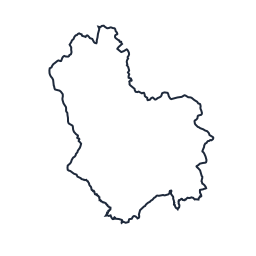 outline of Inza, Cauca, Colombia, rotated 104°
{"feature_id": "7082276B42793488331490", "entity_name": "Inza", "entity_type": "district", "adm_level": 2, "iso_a3": "COL", "parent_name": "Colombia", "parent_adm1": "Cauca", "projection": "mercator", "projection_center": [-76.088, 2.499], "detail": "fine", "context": "isolated", "style": "outline", "palette": "slate", "viewbox_px": 256, "rotation_deg": 104, "n_neighbors": 0, "source": "geoboundaries", "source_scale": "gbopen_adm2", "svg_char_len": 5791}
<svg xmlns="http://www.w3.org/2000/svg" viewBox="0 0 256 256"><g transform="rotate(104 128 128)"><path d="M218.4,128.3L218.2,127.8L217.6,127.3L218.0,125.4L217.0,123.8L218.9,122.4L220.1,120.9L219.9,120.1L219.7,119.8L218.4,119.8L217.9,119.5L218.2,118.8L219.1,118.6L218.5,114.8L218.7,111.7L219.1,111.3L221.1,111.4L221.5,111.2L220.4,110.3L220.1,109.8L220.5,107.3L219.2,104.9L219.0,104.7L217.7,104.9L216.3,104.8L216.0,104.4L215.2,102.4L213.2,101.9L212.2,101.3L211.9,100.5L212.0,99.2L213.0,97.2L213.4,96.9L212.7,95.9L211.6,95.6L210.0,96.1L209.3,96.5L204.8,96.4L200.3,93.5L199.5,92.5L198.2,92.2L197.2,91.6L195.7,90.5L194.2,88.8L193.2,88.4L191.7,86.9L189.3,85.7L188.5,84.7L186.9,83.9L186.5,83.3L186.3,81.6L184.5,77.7L184.6,76.7L184.4,75.9L182.7,72.9L181.4,72.0L179.5,72.2L178.9,72.1L178.4,71.3L178.3,70.9L178.7,70.6L180.4,70.8L180.8,70.5L181.5,70.4L183.8,67.6L184.8,67.2L185.6,67.1L187.8,65.7L189.3,65.3L189.3,65.0L191.2,64.9L191.5,64.5L191.4,64.0L192.5,63.4L193.6,62.5L194.1,61.7L194.1,61.1L194.8,60.1L193.4,59.9L192.8,59.2L191.2,59.3L190.3,59.5L190.0,59.9L189.1,60.6L188.7,60.5L187.3,61.2L187.0,61.2L186.8,61.0L186.4,61.2L185.8,61.2L185.6,60.5L185.2,60.3L184.9,59.7L183.9,59.2L183.7,58.8L183.8,58.3L184.6,57.3L184.4,55.6L183.5,55.2L183.5,54.7L182.8,54.4L181.3,53.4L181.2,51.7L180.5,50.3L180.0,49.8L180.0,47.8L180.6,47.0L181.2,45.9L180.8,45.4L180.4,42.3L179.0,42.4L177.8,41.6L177.1,41.8L176.7,41.5L176.7,40.6L176.3,40.4L175.2,40.9L173.3,42.5L171.3,43.1L170.6,43.1L169.4,40.4L168.4,39.1L168.0,38.1L167.5,37.6L166.3,38.4L164.9,40.1L164.3,41.3L163.9,42.5L162.8,43.0L161.9,43.8L159.5,43.9L158.8,43.8L157.3,44.1L156.7,44.9L151.7,47.8L150.2,49.9L149.3,51.6L148.8,52.2L148.4,52.2L147.0,50.8L145.2,49.6L143.8,46.8L143.0,44.7L142.4,44.0L141.6,43.9L140.1,44.1L137.0,45.8L134.3,47.9L133.3,49.0L132.8,50.1L131.9,50.2L128.1,49.6L126.4,49.8L124.4,49.3L123.5,48.2L122.0,47.7L121.4,47.3L120.8,46.0L119.8,45.3L119.7,44.0L118.3,42.9L117.2,42.8L116.6,43.0L116.3,43.4L115.1,47.2L113.4,48.3L112.0,50.3L111.7,53.0L111.1,54.5L110.7,58.0L110.2,59.1L110.0,60.6L108.2,63.6L107.3,64.3L105.3,65.1L104.9,65.1L104.3,64.8L103.4,63.8L101.9,63.0L99.6,63.2L98.9,62.8L97.5,60.2L96.6,59.8L95.5,59.9L93.2,61.2L92.0,62.2L90.7,62.7L89.8,62.7L88.6,63.1L87.4,63.8L87.2,64.5L87.2,65.7L85.8,67.3L84.8,70.5L83.3,73.6L83.2,74.9L83.6,77.0L82.6,80.0L82.6,81.2L84.8,83.4L86.4,87.4L89.5,93.0L89.3,93.9L88.6,94.8L87.3,96.1L85.3,97.2L84.3,98.1L84.6,101.1L85.3,102.4L86.1,103.3L88.4,103.4L89.5,103.8L90.4,104.6L91.9,106.6L93.0,107.3L93.7,108.1L93.8,108.8L92.5,111.1L92.5,111.7L93.5,112.8L95.3,113.6L96.2,115.5L95.9,116.0L94.0,116.7L93.6,118.2L92.9,119.4L91.4,120.0L90.2,120.8L90.0,121.1L90.3,122.0L91.0,122.9L90.1,126.5L90.9,127.6L91.0,129.4L89.6,130.6L88.4,131.1L86.0,136.2L85.4,137.0L83.5,137.5L82.6,138.0L81.5,137.3L81.3,136.1L80.8,136.0L79.3,137.2L79.3,138.2L79.0,138.7L79.2,139.4L79.1,139.6L77.6,140.0L75.5,139.8L74.1,141.5L72.1,140.8L71.7,140.9L68.7,142.6L67.3,144.3L66.6,144.0L64.2,145.2L63.6,145.3L62.4,145.3L60.6,144.7L60.2,145.2L59.2,145.5L57.7,144.9L56.2,144.8L54.8,145.3L53.3,146.5L52.2,147.7L52.0,148.3L54.5,150.8L55.9,152.8L55.9,153.0L53.8,157.5L53.5,157.5L51.7,156.7L47.9,154.1L47.2,155.0L46.0,155.5L46.0,155.9L46.4,156.8L46.1,157.2L45.1,157.7L44.9,159.0L43.8,161.6L43.2,162.4L42.2,162.8L41.2,162.8L40.5,162.3L39.8,161.3L39.3,161.1L38.0,161.9L37.1,163.3L35.1,164.4L34.5,165.2L34.7,166.7L34.5,168.8L34.7,169.5L35.6,170.7L36.2,172.1L36.2,172.7L35.3,175.1L34.6,176.3L35.3,178.1L36.9,179.3L36.9,181.2L38.8,179.8L44.0,179.9L47.5,179.5L50.6,179.5L52.3,179.1L53.4,179.2L53.5,180.2L53.3,181.1L52.7,182.0L50.2,184.2L50.0,186.7L49.1,187.8L48.1,189.4L48.0,189.9L48.3,190.5L48.9,190.9L49.9,191.2L49.7,192.6L49.7,194.6L49.4,195.1L48.4,195.6L48.2,197.8L48.0,198.2L48.2,198.6L48.8,199.3L50.2,200.1L50.8,201.2L52.4,202.0L54.9,202.4L56.6,203.6L58.2,203.8L61.3,204.8L63.5,202.6L66.1,202.0L67.3,201.4L68.5,201.1L70.1,201.2L70.6,201.5L71.4,202.5L72.4,202.6L73.2,203.3L73.7,205.6L73.5,207.3L74.0,207.8L74.9,208.4L75.9,208.7L79.1,209.1L79.4,209.6L79.3,211.9L80.0,212.7L82.8,214.8L84.1,215.9L85.9,216.6L87.7,216.9L89.0,218.4L91.1,218.2L93.8,217.4L95.2,216.6L96.7,215.3L97.9,213.6L99.4,212.3L104.8,210.3L105.2,209.9L107.3,208.9L108.2,208.2L108.3,207.4L108.3,203.4L109.0,201.9L111.0,199.5L113.1,198.9L115.1,198.8L116.5,198.4L119.7,196.5L122.7,193.3L123.6,192.9L126.4,192.2L127.1,191.7L127.8,190.7L128.4,190.4L130.2,189.8L132.7,188.7L136.1,187.8L137.5,187.0L138.0,186.4L139.1,182.5L139.7,182.0L142.9,180.8L144.7,179.6L146.5,177.0L147.4,174.8L147.9,174.6L149.8,174.9L150.1,174.5L150.1,173.0L150.4,172.7L150.6,172.5L151.7,172.7L152.6,172.7L153.5,171.0L154.6,169.7L156.8,169.7L158.8,169.9L162.2,171.2L163.7,171.2L165.9,172.3L167.0,172.2L167.8,172.4L168.8,172.9L169.9,174.0L170.9,174.4L172.8,174.9L174.7,175.0L176.3,175.5L179.0,177.4L181.2,177.1L183.1,176.4L183.6,175.4L183.7,173.5L185.4,169.5L185.7,166.6L187.4,165.3L188.1,161.7L188.8,160.8L188.8,158.9L189.0,158.3L188.8,157.7L189.0,157.1L188.4,155.9L189.1,155.2L189.5,153.9L190.2,153.5L191.1,152.4L192.4,151.9L193.5,150.7L193.8,150.0L194.7,149.3L196.7,148.4L196.9,148.1L196.9,147.3L197.6,146.9L197.8,146.6L197.8,146.3L197.4,145.8L198.1,145.1L198.8,144.9L200.2,144.0L200.1,143.3L200.4,142.8L199.8,142.3L200.1,141.9L200.8,141.7L201.1,141.1L201.0,140.4L202.0,139.5L202.1,139.0L203.6,138.7L204.1,138.2L204.9,138.1L204.7,137.2L205.2,136.4L205.6,136.5L205.7,136.3L205.7,135.6L205.9,135.2L205.9,134.7L206.2,134.3L206.0,133.8L206.2,133.5L206.0,132.8L206.6,130.9L207.1,130.8L207.6,130.1L207.6,129.5L208.2,129.3L208.5,128.8L208.8,128.5L208.8,127.8L209.6,126.9L209.4,126.4L209.8,126.0L209.7,125.7L210.9,125.4L211.6,125.5L212.2,126.3L212.7,126.3L213.0,126.9L213.4,126.6L214.0,127.0L215.2,126.9L215.5,127.1L215.4,127.8L216.7,127.6L217.1,128.0L217.4,127.9L218.4,128.3Z" fill="none" stroke="#1e293b" stroke-width="2"/></g></svg>